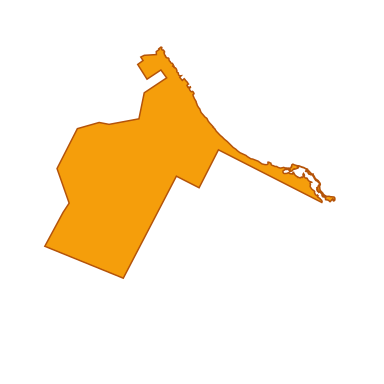 the district of Tulum, Quintana Roo, Mexico, rotated 297°
{"feature_id": "50627088B89843068192047", "entity_name": "Tulum", "entity_type": "district", "adm_level": 2, "iso_a3": "MEX", "parent_name": "Mexico", "parent_adm1": "Quintana Roo", "projection": "mercator", "projection_center": [-87.448, 20.147], "detail": "fine", "context": "isolated", "style": "filled", "palette": "amber", "viewbox_px": 384, "rotation_deg": 297, "n_neighbors": 0, "source": "geoboundaries", "source_scale": "gbopen_adm2", "svg_char_len": 6077}
<svg xmlns="http://www.w3.org/2000/svg" viewBox="0 0 384 384"><g transform="rotate(297 192 192)"><path d="M290.7,129.6L290.1,128.7L290.0,127.9L290.1,127.2L290.8,126.4L291.9,125.7L291.9,124.7L292.3,123.8L293.3,123.5L293.7,122.9L294.0,122.8L294.2,122.4L294.4,122.3L294.5,122.0L294.8,121.7L295.1,120.8L294.7,120.0L294.9,119.3L295.3,119.1L295.8,119.1L296.0,118.8L295.8,118.4L295.4,117.9L295.4,117.6L295.8,117.6L296.3,117.7L297.0,117.4L297.7,116.0L297.4,115.5L297.6,114.2L298.3,113.4L298.6,112.2L299.6,111.3L300.1,111.1L300.5,110.6L300.6,109.8L300.2,109.2L300.1,108.1L300.5,107.7L300.4,107.3L300.6,106.9L301.4,106.4L301.8,105.3L303.0,104.3L303.2,103.9L303.8,103.7L304.2,104.0L304.7,103.7L305.5,102.0L305.0,101.1L305.3,100.3L305.9,99.8L306.9,99.7L307.2,99.2L306.9,98.8L306.9,98.5L304.5,97.4L304.1,98.1L300.9,96.4L298.3,97.9L292.1,87.4L289.0,85.1L286.9,88.7L281.0,85.7L272.1,100.7L286.6,108.9L282.2,117.6L258.7,104.4L233.1,111.5L214.6,87.4L211.8,77.7L196.4,61.1L151.6,61.1L126.3,87.6L115.4,86.4L76.8,85.5L84.0,169.9L199.0,170.9L199.0,196.4L241.6,196.4L241.6,312.4L242.3,312.4L243.0,311.9L243.2,311.5L243.6,311.0L243.7,309.6L244.2,309.3L244.3,308.8L244.6,306.3L245.0,305.9L245.8,306.1L245.8,305.7L246.1,305.4L246.2,305.2L245.6,305.1L245.4,304.6L245.7,303.2L246.9,301.5L248.1,301.1L248.3,300.8L248.5,300.1L248.9,297.5L250.3,295.0L251.0,294.5L252.4,294.2L252.9,293.5L253.5,293.2L254.3,293.3L254.8,293.9L255.0,294.3L255.1,294.2L254.8,291.7L255.3,290.0L256.5,288.4L256.5,287.9L256.3,287.8L256.4,287.6L255.9,286.9L256.0,286.2L256.9,284.7L257.3,284.5L258.0,284.6L258.5,284.0L259.1,283.0L258.6,283.0L258.2,282.8L257.8,283.3L257.2,283.6L256.6,283.6L256.3,283.9L255.7,284.0L255.0,283.7L254.8,283.2L254.9,282.6L254.2,282.4L253.7,282.0L253.5,281.4L253.4,279.9L253.2,279.8L253.4,279.6L253.5,279.1L253.3,278.7L253.6,277.8L253.6,276.8L254.3,275.4L255.0,274.4L255.4,273.6L255.6,273.5L255.4,273.2L255.0,273.2L255.2,273.4L255.1,273.8L254.6,274.1L254.1,273.9L253.6,273.2L253.5,272.5L253.1,272.0L252.8,270.5L252.8,270.1L253.2,269.5L253.0,269.1L251.8,268.3L250.4,266.0L250.3,265.0L250.9,264.1L251.9,263.6L252.5,263.6L253.2,264.2L254.3,264.6L254.3,264.9L254.9,265.3L255.0,266.0L255.6,266.0L255.8,266.6L255.7,266.8L255.9,267.2L255.7,267.5L256.0,267.7L255.6,268.0L255.7,268.3L256.0,268.4L256.0,268.7L256.2,268.9L255.7,269.0L255.6,269.3L255.8,269.5L255.2,269.6L255.2,269.3L255.1,269.2L254.8,269.6L254.9,269.8L254.6,269.9L255.2,270.7L256.0,271.1L256.1,271.4L256.6,271.7L258.1,271.9L258.5,272.4L258.9,272.5L258.9,273.1L259.1,273.3L259.3,273.2L259.4,273.6L259.8,274.1L260.6,274.6L261.0,275.2L261.6,275.6L262.7,275.9L262.3,275.6L262.3,275.1L262.1,274.9L262.4,274.8L262.6,275.2L262.8,275.2L262.9,274.5L262.7,274.2L262.8,274.0L263.1,274.1L263.1,274.6L263.3,274.8L263.1,275.1L263.1,275.3L263.5,275.5L263.9,276.2L263.7,276.9L263.9,277.2L263.9,278.6L264.4,281.2L264.2,283.0L264.4,283.3L264.4,284.1L263.5,284.3L263.0,283.9L262.1,283.8L262.0,284.0L262.2,284.7L262.4,284.2L263.7,284.4L262.9,285.0L262.8,285.4L262.4,285.8L262.4,286.1L262.2,286.5L261.6,286.8L261.5,287.1L261.7,287.4L261.6,287.6L260.9,288.2L261.4,289.3L261.2,289.9L261.5,290.7L261.9,291.0L262.0,291.4L261.2,292.5L260.5,293.8L259.4,295.2L259.0,296.2L258.6,296.7L258.4,297.6L258.6,298.5L257.8,300.9L257.8,301.4L257.6,301.5L257.5,301.8L257.3,302.0L256.7,302.1L254.9,301.7L254.6,301.9L253.2,301.9L252.6,301.3L252.3,301.6L252.6,301.6L252.6,302.1L252.2,302.1L250.9,303.4L250.7,304.0L250.7,303.3L251.7,302.4L251.6,302.0L251.4,301.8L250.7,302.2L249.8,303.3L249.8,303.6L249.6,303.7L249.5,304.3L249.8,304.7L249.5,304.7L249.3,305.0L249.8,305.1L250.2,305.4L249.8,305.5L249.9,305.8L250.7,305.6L250.7,305.8L249.9,306.1L250.2,307.0L250.1,307.3L249.7,307.3L249.7,307.7L249.4,307.9L249.2,308.6L248.9,308.8L249.3,308.8L249.1,309.8L248.2,310.1L248.2,310.8L247.6,311.0L247.4,310.5L247.1,310.9L247.1,311.2L247.7,311.5L247.9,312.0L247.6,312.7L247.9,312.9L247.7,313.3L247.9,313.7L247.4,313.9L246.8,313.8L245.8,314.5L246.2,315.7L246.2,316.0L246.5,316.5L246.5,317.1L246.5,317.8L246.0,319.1L246.1,319.5L247.1,319.8L248.6,320.0L248.8,320.1L248.8,320.4L249.7,320.5L249.7,321.4L248.9,321.8L247.9,321.5L248.4,321.9L248.4,322.4L249.2,322.9L250.0,322.8L251.2,322.2L251.7,321.7L252.0,320.9L251.6,319.7L251.4,319.4L251.2,318.6L250.8,318.0L250.4,316.0L249.8,315.1L249.2,313.6L249.3,311.5L249.8,309.9L250.3,309.2L250.1,309.0L250.4,308.6L250.3,308.3L250.7,308.2L251.5,305.9L252.4,304.8L254.9,303.2L255.3,303.0L256.8,303.0L257.9,302.2L259.4,299.3L259.8,296.4L260.3,295.3L261.6,293.6L262.1,292.4L263.0,291.8L262.6,291.1L262.6,289.9L263.4,287.6L263.6,287.3L264.0,285.7L264.2,285.2L264.7,284.8L264.8,284.2L264.5,282.6L264.6,280.6L264.1,277.7L264.0,276.4L263.9,275.4L263.2,273.7L262.6,270.7L262.7,269.7L262.4,269.0L261.3,268.6L260.9,268.9L259.8,268.9L259.7,269.3L258.8,269.2L257.8,268.5L257.1,267.5L257.2,267.3L256.3,265.8L256.4,265.6L255.6,263.7L255.6,262.6L253.6,260.2L253.2,258.9L253.0,257.0L253.2,255.9L252.4,254.3L252.5,254.1L252.4,253.7L252.4,252.8L252.1,251.0L252.3,250.2L253.5,249.2L253.4,248.1L253.5,247.4L253.2,246.2L252.8,246.2L251.8,246.9L251.0,246.8L250.6,246.5L250.1,245.8L249.5,244.5L248.8,241.6L249.5,236.9L248.9,231.1L248.3,229.4L248.7,225.0L249.1,223.6L248.8,216.9L249.4,213.6L250.0,211.7L250.4,208.4L253.0,200.4L253.7,197.0L254.7,194.0L255.3,191.4L257.2,186.0L258.2,184.3L258.4,184.2L258.4,183.8L258.7,183.4L259.1,182.1L259.5,181.7L259.4,181.4L259.6,181.4L259.6,181.1L260.0,180.5L261.7,175.9L262.8,173.8L263.8,172.6L264.3,171.9L264.5,171.1L264.6,169.8L267.0,163.9L269.6,161.1L270.2,159.6L271.5,157.5L273.3,155.7L273.4,155.4L273.7,155.1L274.5,154.6L276.3,151.7L278.3,149.3L279.4,148.6L280.3,149.2L280.8,149.0L281.8,147.4L281.9,146.8L281.3,146.3L281.0,145.7L281.7,143.9L282.4,143.1L283.0,142.7L283.7,142.8L284.4,143.2L285.0,142.7L284.8,142.5L284.3,142.4L284.0,142.7L283.8,142.6L283.5,141.9L283.3,141.8L283.3,141.0L283.5,140.8L283.8,140.9L284.0,140.8L284.1,140.3L284.0,140.1L284.6,139.2L285.6,139.2L286.6,139.8L286.8,139.1L287.4,138.5L287.9,137.4L288.6,135.3L289.0,134.8L289.4,133.6L287.0,132.7L288.6,129.0L290.7,129.6Z" fill="#f59e0b" stroke="#b45309" stroke-width="1.5"/></g></svg>